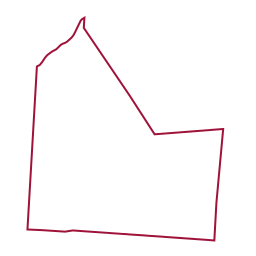 the district of Ralls, Missouri, United States of America, rotated 273°
{"feature_id": "52423323B19390518070965", "entity_name": "Ralls", "entity_type": "district", "adm_level": 2, "iso_a3": "USA", "parent_name": "United States of America", "parent_adm1": "Missouri", "projection": "mercator", "projection_center": [-91.377, 39.503], "detail": "fine", "context": "isolated", "style": "outline", "palette": "rose", "viewbox_px": 256, "rotation_deg": 273, "n_neighbors": 0, "source": "geoboundaries", "source_scale": "gbopen_adm2", "svg_char_len": 496}
<svg xmlns="http://www.w3.org/2000/svg" viewBox="0 0 256 256"><g transform="rotate(273 128 128)"><path d="M132.0,223.1L123.1,154.9L160.1,128.2L225.7,78.6L235.8,78.7L234.2,76.3L232.7,75.1L220.4,69.9L217.7,68.6L215.3,66.9L210.6,62.2L209.7,60.6L208.7,58.4L207.6,56.6L202.9,52.3L200.4,48.2L196.7,43.7L193.8,41.4L189.6,39.0L186.2,36.5L185.0,34.2L184.5,33.8L21.4,32.9L21.5,47.9L21.2,70.6L22.8,78.2L20.4,212.6L20.2,220.1L57.9,220.2L132.0,223.1Z" fill="none" stroke="#9f1239" stroke-width="2"/></g></svg>